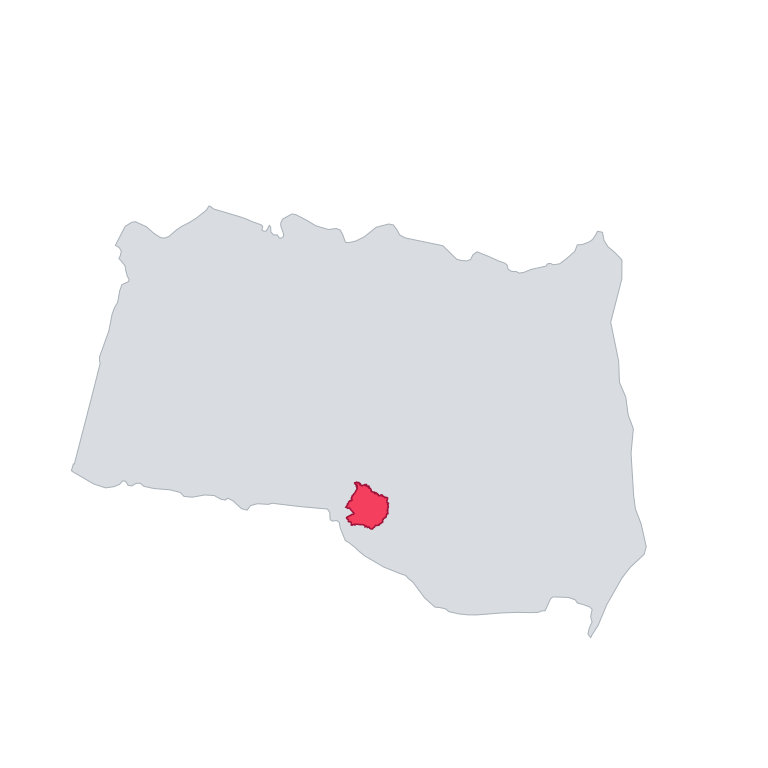 location of Tain, Brong Ahafo, Ghana, rotated 285°
{"feature_id": "2480657B14065489870616", "entity_name": "Tain", "entity_type": "district", "adm_level": 2, "iso_a3": "GHA", "parent_name": "Ghana", "parent_adm1": "Brong Ahafo", "projection": "orthographic", "projection_center": [-2.339, 7.791], "detail": "fine", "context": "in_parent", "style": "filled", "palette": "rose", "viewbox_px": 768, "rotation_deg": 285, "n_neighbors": 0, "source": "geoboundaries", "source_scale": "gbopen_adm2", "svg_char_len": 8168}
<svg xmlns="http://www.w3.org/2000/svg" viewBox="0 0 768 768"><g transform="rotate(285 384 384)"><path d="M469.3,93.2L475.1,98.7L476.4,101.9L474.4,113.8L470.2,122.2L467.6,130.0L468.0,134.0L470.6,137.8L479.4,143.9L484.0,147.9L489.4,153.9L495.6,159.8L506.1,167.5L510.6,168.8L510.4,171.0L509.0,173.9L508.2,202.7L507.5,210.1L506.8,213.8L505.9,224.6L504.8,226.1L502.8,226.0L501.0,226.4L500.5,228.5L501.3,230.7L507.6,232.2L506.3,233.9L501.6,235.4L499.4,238.6L500.4,242.3L497.8,245.3L498.6,247.3L500.3,248.7L502.9,248.2L510.3,243.2L513.4,242.6L517.3,243.6L524.4,251.1L524.8,254.8L522.0,267.4L519.2,277.2L518.8,290.2L521.8,297.5L521.5,301.6L518.2,305.0L510.9,310.1L511.5,313.6L514.9,319.9L521.2,327.0L533.3,335.8L539.8,347.2L540.0,351.9L536.3,356.6L532.0,360.7L530.6,366.6L532.8,405.1L523.3,421.9L523.3,426.6L524.3,432.2L526.8,435.5L531.7,436.4L535.8,439.6L534.4,451.3L532.4,463.3L532.1,469.1L530.9,471.9L527.1,474.2L525.8,477.9L526.8,482.6L526.1,486.0L528.2,490.5L532.5,496.0L539.7,509.8L542.4,510.8L543.6,513.7L542.9,516.6L545.6,522.6L553.5,528.7L561.7,534.0L568.4,534.7L570.0,539.4L574.4,545.5L577.6,548.1L582.7,549.8L586.8,550.7L587.1,555.8L579.6,559.4L574.6,564.7L570.8,572.8L565.5,581.7L547.1,586.5L540.0,586.6L502.3,587.0L466.9,604.7L446.5,611.0L434.0,620.9L417.2,627.9L405.4,636.4L380.9,640.6L340.8,654.0L328.2,659.3L315.5,668.5L294.8,679.4L286.7,679.3L270.5,669.2L258.3,664.1L228.6,656.3L206.3,653.3L195.6,649.9L192.6,649.3L195.2,645.7L201.4,645.5L207.9,646.6L212.8,643.8L220.1,643.4L221.9,640.5L222.5,633.2L222.5,627.3L225.0,624.7L225.6,617.7L222.1,602.2L219.6,600.5L206.6,598.3L205.7,595.2L203.3,592.0L200.9,584.0L198.0,572.1L193.5,557.4L184.9,533.2L182.7,524.6L181.3,515.9L180.9,505.5L182.8,501.6L182.5,496.2L181.7,490.9L187.9,478.6L199.9,463.5L202.4,458.0L204.7,454.2L205.0,448.8L207.1,431.2L212.9,410.0L216.5,401.9L219.0,397.6L221.9,390.5L222.7,387.2L233.7,378.9L238.8,376.6L239.9,373.4L238.2,369.8L238.9,367.3L241.6,366.1L245.6,365.1L248.6,361.7L244.0,335.5L240.2,309.3L240.0,307.1L237.8,303.5L235.6,292.7L231.9,286.4L226.7,284.5L226.7,278.6L232.0,268.5L233.3,262.6L230.8,260.9L230.5,256.3L232.3,248.9L231.4,244.3L230.4,239.5L225.0,228.0L223.7,219.9L226.5,215.2L226.4,204.8L223.5,188.8L223.0,178.7L225.0,174.5L224.1,170.5L220.2,166.7L219.9,163.0L223.2,159.5L222.8,156.6L218.7,154.6L214.9,149.7L211.6,141.9L212.3,129.4L218.6,106.4L219.4,104.5L226.4,104.6L226.5,105.6L248.4,105.4L273.5,105.2L303.5,104.9L330.8,104.5L332.0,103.5L336.5,102.2L364.0,104.5L381.2,103.3L388.5,104.0L393.9,105.6L405.7,104.6L412.1,105.1L416.9,110.8L418.9,110.8L421.5,108.3L426.2,105.5L431.1,103.3L434.5,98.8L436.6,95.4L439.7,96.1L444.2,95.9L447.2,93.0L448.4,88.6L469.3,93.2Z" fill="#d9dde1" stroke="#a8b0b8" stroke-width="1"/><path d="M281.1,381.4L280.8,381.4L280.8,381.5L280.7,381.4L280.6,381.5L280.5,381.4L280.3,381.6L280.1,381.9L280.1,382.2L280.0,382.8L279.7,383.1L279.7,383.3L279.3,383.3L279.2,383.1L278.9,383.6L278.9,383.8L279.0,383.8L278.9,384.0L278.8,384.3L278.4,384.2L278.3,384.4L277.9,384.2L277.4,384.2L277.2,384.5L277.3,384.4L277.3,384.6L277.1,384.6L276.8,384.9L276.7,384.9L276.6,385.0L276.4,384.8L276.1,385.0L275.9,385.2L275.8,385.3L275.5,385.1L275.4,385.1L275.1,384.9L274.6,384.8L274.3,384.9L274.2,384.9L273.9,384.8L273.4,384.5L272.8,384.2L272.3,384.4L271.9,384.3L271.5,384.1L270.7,383.9L270.4,383.7L270.1,383.2L269.5,383.1L269.3,383.1L269.1,382.9L268.9,382.9L268.7,382.9L268.3,382.7L267.8,382.3L267.4,382.1L267.2,382.4L266.9,382.3L266.5,382.3L266.4,382.4L266.0,382.1L265.4,381.9L265.2,382.1L264.8,382.2L264.6,382.3L264.3,382.4L264.3,382.7L264.2,382.8L263.8,382.9L263.9,383.1L263.7,383.2L263.6,382.9L262.9,382.7L262.7,382.5L262.7,382.1L262.4,382.0L262.4,381.8L262.4,381.7L262.5,381.6L262.3,381.4L262.3,381.2L262.2,381.1L262.0,380.9L261.7,380.9L260.9,380.4L260.8,380.5L260.4,380.4L260.1,380.5L259.7,380.4L258.8,380.1L258.7,379.8L258.2,380.0L257.8,380.2L257.5,380.0L257.5,379.8L257.2,379.8L256.1,379.4L255.8,379.4L255.7,379.2L255.3,379.2L255.1,379.1L255.1,379.5L255.0,380.2L254.5,381.1L254.9,381.8L255.4,382.4L255.1,383.2L254.2,383.9L254.0,384.1L253.8,384.8L252.2,387.0L251.8,388.1L251.5,388.2L251.4,388.4L251.0,388.5L250.5,388.4L250.1,388.2L250.2,387.6L250.0,387.2L249.5,386.4L249.1,386.2L248.8,386.2L248.7,386.1L248.8,386.0L248.6,385.8L248.6,385.7L248.4,385.6L248.0,385.2L247.8,384.8L247.5,384.7L247.4,384.5L247.1,384.2L247.0,383.9L246.8,383.8L246.5,383.4L245.9,383.0L245.9,382.9L245.8,382.6L245.1,382.4L244.6,382.6L244.3,383.0L244.1,383.4L244.0,383.8L244.1,384.0L243.8,384.8L241.9,385.1L241.8,386.2L242.4,387.1L241.8,388.2L241.3,388.4L241.1,388.3L240.4,388.6L240.0,388.6L239.2,389.0L239.3,389.2L239.2,389.3L239.3,389.8L239.5,390.0L240.2,390.3L240.3,390.7L240.4,391.1L240.3,391.4L240.6,391.5L240.3,391.9L240.7,392.2L240.5,392.3L240.5,392.7L241.2,393.2L241.5,394.0L241.8,395.7L241.8,396.5L242.0,397.0L242.0,397.5L242.3,397.9L242.2,398.5L242.7,399.8L242.6,400.2L242.6,400.5L242.5,401.0L242.4,401.2L242.5,401.9L242.0,402.1L241.4,402.7L241.1,402.8L241.9,403.5L242.2,403.8L242.0,404.1L241.7,404.3L241.6,404.5L241.4,404.6L241.1,405.4L241.2,405.5L241.9,405.9L242.1,406.4L241.9,406.7L241.0,407.5L240.9,408.2L240.7,408.4L240.7,409.4L241.0,410.4L242.3,410.9L242.9,411.5L243.7,412.0L244.7,412.1L245.3,412.4L245.4,412.7L245.3,412.9L245.3,413.5L245.5,413.9L245.8,414.4L245.9,414.7L246.2,415.0L246.3,415.3L246.3,415.7L247.0,415.9L247.0,415.6L247.3,415.8L247.7,415.9L248.2,416.7L248.3,417.0L248.7,417.1L248.8,417.2L249.3,417.4L249.6,417.9L250.3,418.5L250.6,418.5L251.0,418.4L251.5,418.1L251.6,417.9L251.8,417.8L252.2,417.8L252.5,417.8L252.6,418.0L252.9,418.0L253.0,418.3L253.3,418.4L253.9,418.4L254.2,418.6L254.3,418.9L254.7,419.4L255.4,419.6L255.3,419.9L255.7,420.3L256.2,420.3L256.5,420.5L257.1,420.3L257.5,420.3L257.6,420.2L257.8,420.3L258.1,420.2L258.4,420.4L259.0,420.3L259.1,420.6L259.6,421.2L259.7,420.9L259.7,420.7L260.0,420.7L260.3,420.9L260.6,420.8L261.2,420.9L261.4,420.6L261.8,420.5L261.9,420.3L262.1,420.3L262.5,420.3L262.8,420.4L263.1,420.3L263.1,420.1L263.3,420.2L263.6,420.0L263.9,420.0L264.1,419.9L264.1,419.7L264.3,419.7L264.6,420.0L265.3,419.9L265.5,419.7L265.7,419.8L265.8,419.8L265.9,420.0L266.6,420.0L267.0,419.8L267.4,419.4L267.7,419.1L267.9,419.2L268.3,419.0L268.5,418.8L269.2,419.3L269.9,419.2L270.0,418.9L270.0,418.4L270.3,418.3L270.3,418.2L270.5,417.7L270.4,417.5L270.7,417.3L270.9,417.4L271.1,417.3L271.4,417.1L271.9,417.2L272.0,417.1L273.1,417.0L273.6,417.2L274.8,417.0L275.0,416.7L275.2,416.1L274.9,415.5L275.0,415.1L275.0,414.8L274.5,414.4L274.4,414.2L274.5,414.0L274.8,413.9L275.1,413.3L275.4,412.9L275.5,412.6L275.1,411.8L275.1,411.6L275.4,411.4L276.1,411.2L276.3,411.1L276.3,410.2L275.9,409.6L275.2,409.5L275.1,409.4L275.0,408.2L274.9,407.8L274.7,407.7L274.8,407.5L274.8,407.3L275.0,407.2L275.3,407.4L275.4,407.2L275.6,407.2L275.6,406.9L275.8,406.6L276.0,406.5L276.3,406.2L276.2,406.0L276.4,405.3L276.1,405.1L276.2,404.9L276.6,405.0L276.9,404.5L276.7,404.4L276.8,404.1L276.7,404.0L276.1,404.0L275.9,403.9L275.6,403.6L275.6,403.3L276.3,403.0L276.8,403.1L276.8,403.3L277.0,403.0L277.1,402.6L277.0,402.1L276.8,401.8L276.8,401.5L276.8,401.1L276.9,400.9L276.8,400.6L277.0,400.3L276.9,400.0L276.8,399.9L276.9,399.7L277.0,399.7L277.1,399.4L277.4,399.4L277.6,399.1L277.9,399.2L278.2,399.1L278.4,398.9L278.6,398.8L278.6,398.7L278.9,398.5L279.0,398.4L279.2,398.2L279.6,398.0L279.6,397.6L279.5,397.4L279.6,396.9L279.5,396.4L279.6,396.2L279.9,396.2L280.6,396.5L280.8,396.4L280.9,396.1L281.1,396.0L281.0,395.9L280.7,396.0L280.4,395.4L280.5,395.3L280.7,395.2L281.0,395.2L281.2,395.4L281.4,395.3L281.2,394.7L281.1,394.4L280.9,394.3L281.1,393.9L281.1,393.6L280.8,393.2L281.0,392.9L281.5,393.1L281.7,393.3L282.2,393.3L282.4,393.0L282.3,392.6L282.2,392.5L281.6,392.2L281.3,391.9L281.3,391.5L281.6,391.7L281.9,391.6L281.9,391.4L281.4,391.0L281.2,391.0L280.8,390.0L280.5,389.6L280.2,389.5L280.1,389.2L279.8,388.8L280.0,388.4L280.4,388.2L280.5,387.3L280.4,387.0L280.4,386.8L280.9,386.6L281.2,387.0L281.4,387.1L281.5,387.0L281.6,386.7L281.3,386.2L282.0,385.9L282.1,385.3L282.3,385.1L282.3,384.9L281.7,384.3L281.9,384.1L281.7,383.8L281.7,383.7L282.0,383.4L282.2,383.0L282.0,382.7L281.6,382.4L281.1,381.5L281.1,381.4Z" fill="#f43f5e" stroke="#9f1239" stroke-width="1.5"/></g></svg>